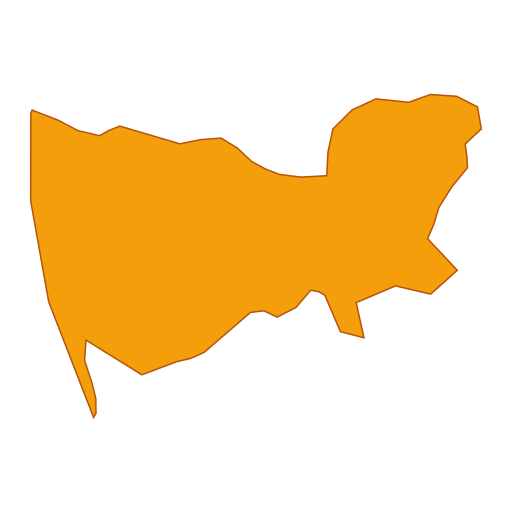 the District of Kŏḷamba
{"feature_id": "LKA-2470", "entity_name": "Kŏḷamba", "entity_type": "District", "adm_level": 1, "iso_a3": "LKA", "parent_name": "Sri Lanka", "parent_adm1": "", "projection": "albers", "projection_center": [80.037, 6.845], "detail": "fine", "context": "isolated", "style": "filled", "palette": "amber", "viewbox_px": 512, "rotation_deg": 0, "n_neighbors": 0, "source": "natural_earth", "source_scale": "10m", "svg_char_len": 833}
<svg xmlns="http://www.w3.org/2000/svg" viewBox="0 0 512 512"><path d="M93.6,417.5L48.7,301.8L32.3,210.0L30.7,200.9L30.8,113.5L32.1,110.1L58.1,120.2L78.0,130.6L99.4,135.7L108.8,130.5L119.8,126.1L179.8,143.8L200.6,139.6L221.2,138.1L237.5,148.2L251.7,161.5L265.4,169.0L279.4,174.4L300.7,177.1L326.7,175.7L328.0,151.9L332.9,129.0L352.1,109.9L375.9,98.9L408.6,102.3L430.5,94.5L456.7,96.3L477.5,106.9L481.3,129.0L465.2,144.0L466.8,155.8L467.5,167.6L452.0,186.6L438.9,207.4L433.8,224.3L427.6,238.7L457.3,270.3L430.7,294.1L395.4,285.9L356.2,302.6L364.0,337.8L340.4,331.7L324.8,295.2L318.6,291.6L310.8,290.2L296.0,307.4L277.2,317.1L263.9,310.8L250.5,312.4L204.1,352.4L190.7,358.4L176.6,361.7L141.8,374.8L86.0,340.1L84.6,360.3L91.9,382.8L95.8,398.3L96.0,413.4L95.5,414.2L93.6,417.5Z" fill="#f59e0b" stroke="#b45309" stroke-width="1.5"/></svg>